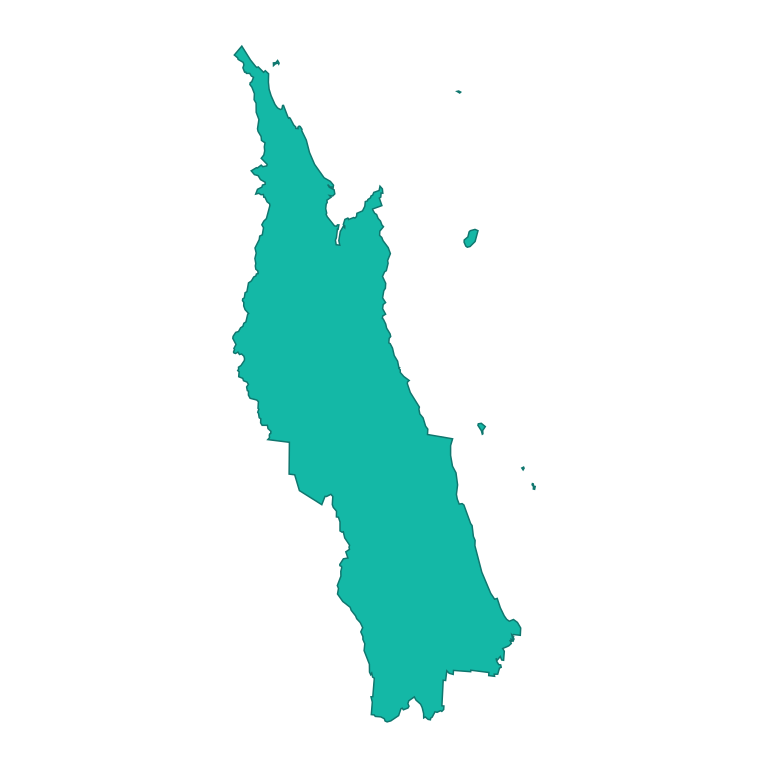 outline of Cairns, Queensland, Australia
{"feature_id": "25037944B34353436415485", "entity_name": "Cairns", "entity_type": "district", "adm_level": 2, "iso_a3": "AUS", "parent_name": "Australia", "parent_adm1": "Queensland", "projection": "equal_earth", "projection_center": [145.798, -17.106], "detail": "fine", "context": "isolated", "style": "filled", "palette": "teal", "viewbox_px": 768, "rotation_deg": 0, "n_neighbors": 0, "source": "geoboundaries", "source_scale": "gbopen_adm2", "svg_char_len": 6083}
<svg xmlns="http://www.w3.org/2000/svg" viewBox="0 0 768 768"><path d="M237.7,370.6L239.1,371.7L238.7,376.7L242.8,378.4L243.5,380.7L247.0,382.1L248.4,384.3L246.6,387.0L247.3,390.6L248.5,391.2L248.4,395.1L250.1,398.3L256.7,400.0L258.4,401.7L258.0,408.3L258.8,409.2L257.7,412.3L258.5,413.4L259.2,417.7L260.8,418.8L260.6,422.8L262.1,425.3L267.4,425.3L268.0,428.6L270.9,431.3L270.7,433.5L269.7,433.9L269.3,435.2L269.5,437.7L267.8,439.6L289.4,442.3L289.1,474.1L294.7,474.8L299.4,490.6L321.8,504.7L325.0,496.4L326.5,496.5L330.9,494.3L332.8,496.5L332.3,504.6L333.3,507.4L336.5,511.2L336.4,516.9L338.4,517.2L340.0,521.9L340.0,530.9L342.1,532.2L343.3,531.8L344.7,537.9L349.6,545.2L349.0,547.2L349.5,549.3L345.8,551.8L347.9,558.0L343.4,558.8L339.8,564.4L339.9,565.7L341.5,566.4L341.7,567.8L340.8,571.3L340.9,576.2L337.3,585.6L338.5,588.4L337.5,594.0L342.8,601.5L350.2,607.3L351.2,610.3L355.6,615.9L356.7,618.7L360.2,622.5L362.7,627.7L360.8,631.9L362.9,636.6L362.9,639.4L364.8,643.7L364.1,650.6L369.4,664.2L369.5,672.1L370.7,674.7L371.7,673.1L372.6,677.1L374.3,678.2L372.8,696.7L371.0,696.8L372.3,702.1L371.3,714.6L374.1,714.9L375.3,716.4L380.8,716.9L384.3,718.7L385.1,721.0L387.1,721.9L390.8,720.9L398.6,715.6L400.9,708.8L402.2,708.2L403.4,709.8L408.0,708.0L409.0,706.2L407.9,703.6L408.8,700.8L414.3,696.9L416.0,700.1L420.6,704.2L422.2,707.6L423.6,713.5L423.7,717.9L425.3,717.0L428.1,719.4L430.4,719.8L430.7,718.1L432.2,717.1L435.0,711.8L437.1,712.3L440.5,710.7L441.8,711.4L443.7,709.5L443.9,706.0L441.9,705.8L443.2,680.2L445.6,680.5L446.8,670.8L449.2,673.3L453.2,674.4L453.5,670.4L470.7,671.7L470.8,670.2L488.9,672.5L488.7,675.6L494.6,676.3L494.2,674.2L497.7,674.2L499.5,668.1L501.2,667.3L500.7,664.9L498.7,664.6L496.8,661.4L496.0,658.3L497.3,660.1L500.3,656.5L501.7,660.0L503.6,660.3L504.3,651.3L502.7,648.5L508.7,645.9L511.3,643.5L510.1,640.6L511.2,640.4L511.1,639.2L511.9,639.6L511.4,641.3L513.1,641.0L512.5,639.2L513.2,639.0L513.5,640.1L514.0,639.0L513.2,638.6L513.5,636.9L512.4,637.3L511.9,635.0L512.6,635.8L513.3,634.5L520.3,635.3L520.7,628.0L517.4,622.4L513.5,619.5L509.3,621.2L506.7,619.4L504.2,615.8L500.3,607.7L497.2,598.4L494.6,599.2L490.7,593.3L481.8,572.2L474.9,545.7L475.1,540.4L473.4,536.5L472.1,525.6L470.6,523.5L463.9,505.0L462.1,503.6L459.2,504.1L457.3,499.2L456.4,494.4L457.6,484.9L456.0,472.8L452.5,466.2L450.6,455.4L450.6,445.6L452.6,438.8L427.5,434.5L427.8,429.1L425.6,426.2L423.1,417.9L419.8,413.9L418.9,409.1L419.4,407.1L410.3,392.5L407.3,383.6L407.6,381.8L409.2,380.5L403.8,376.5L400.3,372.5L400.2,369.8L398.9,368.3L399.5,367.6L398.8,367.3L397.6,361.2L394.2,355.5L392.5,348.1L390.2,343.7L388.8,342.8L389.2,338.3L390.7,336.5L390.1,333.9L386.6,328.1L385.7,324.0L383.3,319.1L382.3,318.3L382.8,315.9L385.6,314.2L382.6,308.6L383.2,304.5L385.6,302.6L382.6,297.9L383.8,290.7L385.4,288.3L385.7,283.3L382.5,276.5L384.6,271.8L386.3,270.7L388.1,263.3L387.6,260.6L390.4,253.6L388.2,247.6L383.0,240.6L381.8,237.5L379.6,235.4L379.8,231.2L383.5,226.7L381.9,224.9L380.5,221.1L378.1,218.4L376.6,214.5L374.7,213.3L372.7,209.8L372.6,209.0L381.9,205.6L379.3,198.1L380.8,197.1L381.1,193.0L382.8,193.2L382.4,188.9L380.0,186.2L379.1,190.5L373.8,192.4L372.7,195.1L371.0,196.0L370.5,197.8L367.9,199.5L367.4,200.9L365.3,201.6L364.8,206.3L362.5,210.9L356.9,213.3L356.5,216.5L354.9,218.1L353.8,217.5L348.5,219.5L348.2,218.1L348.1,218.9L347.8,218.1L344.9,219.4L343.3,224.5L344.8,226.0L344.7,227.8L343.3,226.3L340.3,231.5L338.8,240.6L339.8,245.2L336.2,244.7L335.4,240.2L336.4,237.7L337.4,229.1L338.1,229.3L338.9,224.9L337.4,224.9L336.6,226.2L334.5,225.9L327.2,216.7L326.1,214.2L326.7,213.1L325.7,208.7L326.2,204.1L327.2,202.5L326.9,200.2L331.1,197.2L329.5,195.5L332.7,196.0L334.8,193.9L334.1,189.8L329.3,187.3L327.6,184.5L330.3,187.1L332.9,187.0L333.0,188.6L333.5,185.2L330.4,181.4L324.1,177.8L314.6,164.4L309.5,152.5L306.3,140.1L301.8,130.8L302.0,129.3L300.2,126.5L299.1,126.1L297.9,127.2L298.1,128.6L295.8,128.4L295.7,127.0L293.7,125.0L290.3,118.5L289.6,117.7L288.6,118.2L287.8,116.7L283.5,105.4L282.6,105.5L281.9,108.9L280.3,109.5L277.5,107.9L275.0,104.5L271.1,95.7L269.1,89.2L268.4,82.2L268.6,73.8L265.3,70.7L263.6,72.3L258.2,66.9L256.8,67.5L255.7,66.5L250.5,60.0L241.8,46.1L234.3,55.0L237.7,57.9L238.1,59.4L243.2,62.4L243.9,64.9L242.9,67.8L244.6,72.1L245.8,72.1L246.4,73.4L249.7,73.4L251.3,76.0L253.5,77.3L251.7,81.8L250.2,82.7L249.9,84.6L251.9,87.2L254.4,93.7L254.1,99.7L256.1,103.2L256.2,112.3L258.9,119.5L257.5,128.8L258.1,131.5L261.1,136.5L261.5,140.5L265.0,142.8L264.3,146.9L264.7,150.9L263.8,155.0L261.2,158.3L267.2,164.4L266.7,165.9L262.8,166.7L261.2,165.1L257.4,168.0L256.4,167.7L251.2,170.8L254.4,174.6L258.1,175.6L260.5,179.6L265.2,182.3L265.1,184.3L262.5,185.0L261.9,187.1L257.5,189.3L255.7,194.1L258.8,193.3L261.0,194.7L263.4,194.5L263.8,197.2L264.9,197.2L267.1,201.8L269.6,203.8L269.9,205.5L266.4,218.6L263.8,221.1L261.8,224.8L263.5,227.7L262.3,234.8L259.7,236.1L259.2,239.6L255.0,248.0L256.2,253.1L254.9,258.5L255.8,263.5L255.3,265.9L255.8,269.2L257.8,270.9L258.1,273.6L256.4,274.0L255.9,275.9L253.7,277.0L251.4,280.9L248.5,282.9L246.9,291.7L245.1,292.7L244.3,297.8L242.7,298.9L242.5,300.7L243.8,302.4L243.7,305.9L245.1,309.7L248.6,313.5L247.7,314.2L245.9,321.9L243.8,323.3L242.9,326.3L240.6,327.8L238.5,331.5L235.7,332.4L233.1,336.3L232.8,338.4L236.0,344.5L233.9,348.4L234.5,349.4L233.5,352.0L233.8,352.8L235.4,353.5L237.9,352.1L239.5,354.5L241.6,354.0L243.9,356.2L244.5,358.5L244.4,360.4L240.9,365.6L238.5,367.2L238.6,369.2L237.7,370.6ZM475.1,241.5L478.0,230.7L475.0,229.4L470.3,230.7L469.1,231.9L467.9,236.9L464.2,240.0L464.1,242.2L465.8,246.1L467.3,247.2L470.1,246.5L475.1,241.5ZM485.3,426.6L481.3,423.3L478.3,423.8L477.9,425.3L481.4,430.8L482.3,434.2L482.9,433.8L482.7,430.5L485.3,426.6ZM273.5,65.6L275.5,63.8L278.1,63.1L278.7,64.1L279.1,63.1L277.6,60.5L275.9,62.6L273.4,62.9L273.5,65.6ZM533.5,486.6L533.3,489.0L534.6,489.3L535.2,486.5L533.6,486.2L533.3,483.9L532.4,483.6L532.1,484.8L533.5,486.6ZM457.0,91.4L459.7,93.0L460.7,92.1L458.7,91.0L457.0,91.4ZM523.1,469.9L524.1,468.2L523.6,467.1L521.8,468.0L523.1,469.9Z" fill="#14b8a6" stroke="#0f766e" stroke-width="1.5"/></svg>